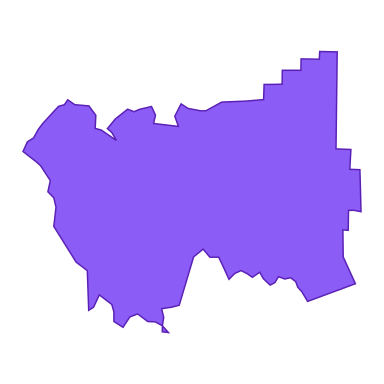 Faxinal do Soturno, Rio Grande do Sul, Brazil
{"feature_id": "56859067B83902745651897", "entity_name": "Faxinal do Soturno", "entity_type": "district", "adm_level": 2, "iso_a3": "BRA", "parent_name": "Brazil", "parent_adm1": "Rio Grande do Sul", "projection": "robinson", "projection_center": [-53.471, -29.558], "detail": "fine", "context": "isolated", "style": "filled", "palette": "violet", "viewbox_px": 384, "rotation_deg": 0, "n_neighbors": 0, "source": "geoboundaries", "source_scale": "gbopen_adm2", "svg_char_len": 1356}
<svg xmlns="http://www.w3.org/2000/svg" viewBox="0 0 384 384"><path d="M337.2,51.9L319.7,51.5L319.3,59.2L301.1,58.9L300.9,70.3L282.3,70.3L282.1,84.2L272.0,84.4L264.1,84.4L263.6,99.6L245.6,101.1L221.7,102.1L205.9,110.8L200.5,110.8L188.0,108.4L181.1,103.9L174.8,116.2L178.4,126.4L153.6,123.5L155.5,115.2L151.5,106.5L139.3,109.4L134.1,111.7L127.6,109.2L115.3,119.0L107.4,128.6L111.8,132.5L116.4,140.5L101.2,130.0L95.2,128.4L95.8,115.3L88.9,105.9L74.8,104.7L67.7,99.8L64.4,104.7L58.6,106.3L54.4,110.8L42.4,123.9L38.3,129.4L33.6,137.9L27.4,141.8L23.0,151.5L35.7,161.4L40.5,165.6L50.3,180.6L47.9,191.8L53.8,197.8L56.0,207.2L53.8,226.4L76.2,262.2L87.3,270.6L88.7,310.3L93.6,307.2L99.3,294.9L111.8,304.5L113.9,311.9L113.9,321.5L123.0,327.3L129.8,317.0L137.6,313.9L147.7,321.5L155.3,321.9L162.4,325.8L163.7,317.4L161.6,308.7L171.7,307.2L179.2,305.2L193.6,256.9L203.1,249.1L209.9,257.2L218.7,257.2L222.5,265.1L229.0,279.3L234.7,273.5L241.0,270.6L246.9,273.5L252.4,277.3L259.7,272.2L263.3,278.6L270.1,285.1L274.8,282.7L278.5,276.7L284.8,279.0L290.5,277.7L295.7,281.6L297.8,287.3L301.9,291.8L307.6,301.4L355.4,283.7L343.2,256.9L342.9,229.9L348.2,230.3L348.5,210.4L353.9,210.3L361.0,211.7L360.4,186.9L359.9,169.7L349.8,169.3L350.9,149.5L336.0,148.9L337.2,51.9ZM162.4,325.8L162.3,331.8L168.4,332.5L162.4,325.8Z" fill="#8b5cf6" stroke="#5b21b6" stroke-width="1.5"/></svg>